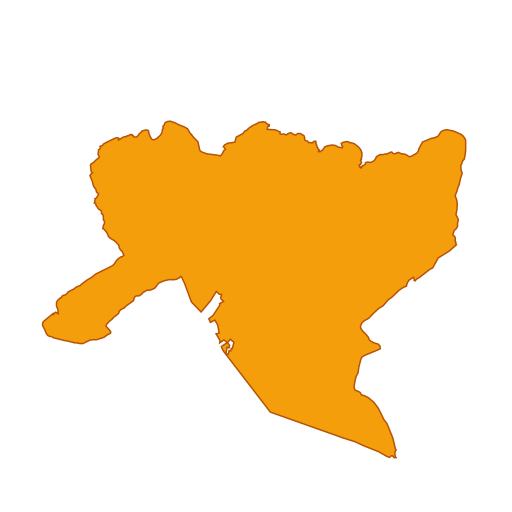 outline of Rokan Hulu, Riau, Indonesia, rotated 103°
{"feature_id": "22746128B35208725321264", "entity_name": "Rokan Hulu", "entity_type": "district", "adm_level": 2, "iso_a3": "IDN", "parent_name": "Indonesia", "parent_adm1": "Riau", "projection": "mercator", "projection_center": [100.261, 0.893], "detail": "fine", "context": "isolated", "style": "filled", "palette": "amber", "viewbox_px": 512, "rotation_deg": 103, "n_neighbors": 0, "source": "geoboundaries", "source_scale": "gbopen_adm2", "svg_char_len": 6095}
<svg xmlns="http://www.w3.org/2000/svg" viewBox="0 0 512 512"><g transform="rotate(103 256 256)"><path d="M419.1,92.5L421.9,83.2L422.2,80.5L420.6,79.6L419.9,78.3L421.5,76.0L421.0,74.9L421.2,73.5L420.7,74.6L418.7,75.8L415.5,76.5L413.5,75.8L412.5,76.8L402.8,81.6L389.8,90.7L386.6,94.6L377.0,102.4L372.2,108.0L368.7,114.8L367.6,119.5L367.7,122.1L366.3,123.0L365.3,124.3L364.3,129.5L361.4,131.0L354.9,131.5L350.7,131.3L347.0,130.3L340.7,130.8L332.9,130.6L330.7,130.0L328.5,127.9L320.5,116.7L318.6,114.3L318.0,114.1L315.6,115.1L314.3,117.3L314.2,121.1L313.2,124.8L312.1,126.8L309.6,128.6L307.5,131.4L305.1,135.3L302.5,137.9L301.0,138.4L297.6,137.9L296.0,136.9L294.5,135.7L291.3,132.1L285.6,128.8L279.5,124.6L275.8,120.9L269.8,117.8L267.5,116.2L266.1,114.7L257.1,108.8L253.0,104.9L251.7,102.7L247.9,102.5L244.7,101.2L241.3,97.8L243.4,96.5L244.4,96.3L244.5,95.4L242.5,94.4L239.5,91.4L230.0,83.7L227.9,81.2L216.9,78.0L207.7,68.8L199.9,63.2L199.2,64.1L198.0,64.1L196.8,65.2L193.5,65.9L191.9,67.2L191.6,68.4L190.7,69.0L186.7,68.6L183.9,66.8L183.2,66.9L182.0,66.3L178.5,67.0L175.7,66.9L173.9,67.8L170.7,70.5L166.0,70.6L160.1,71.6L156.5,72.9L152.4,75.5L147.5,74.8L144.1,74.7L141.1,74.1L134.2,74.2L129.7,73.7L128.4,74.0L125.7,75.7L121.7,76.8L119.9,76.3L116.7,76.0L114.9,74.9L109.7,75.0L105.8,75.5L95.9,77.8L93.6,79.8L92.2,81.7L91.3,83.6L89.8,91.5L90.0,98.3L90.7,100.3L92.0,102.4L93.8,104.0L97.8,105.3L98.8,106.1L100.9,109.2L100.6,109.3L100.9,109.3L102.0,111.7L107.5,119.4L114.9,121.4L117.5,121.5L119.4,122.3L123.7,126.8L124.7,128.6L124.7,129.7L123.9,131.2L123.3,134.0L123.7,137.1L123.0,140.6L123.9,141.7L123.8,142.2L124.7,142.8L125.3,144.2L125.2,145.6L124.4,146.6L124.2,147.6L127.2,151.5L127.3,152.4L128.7,155.2L129.2,157.8L132.1,161.0L135.3,161.7L137.4,163.1L138.6,164.6L139.1,165.8L139.4,168.5L140.2,170.0L140.5,170.3L142.5,170.3L144.3,172.7L145.0,172.7L145.5,173.4L146.2,173.1L146.6,173.5L146.2,174.8L145.2,175.1L144.8,175.9L144.0,175.9L143.3,174.8L141.3,174.1L141.0,174.5L139.6,175.1L139.5,175.6L139.1,175.8L138.0,175.1L137.8,175.4L135.3,175.2L131.5,176.1L128.9,177.9L126.7,180.7L124.5,185.4L124.2,188.6L124.6,190.3L124.1,190.9L124.0,191.6L124.1,193.6L125.0,195.4L125.8,197.0L127.2,198.3L129.4,196.9L130.0,196.1L130.9,196.2L131.3,197.2L131.3,200.3L130.4,203.9L130.9,207.4L132.5,211.0L134.2,213.6L137.8,214.9L138.5,215.8L139.7,216.5L140.3,218.5L139.6,218.7L138.5,218.1L137.7,219.7L136.7,220.0L135.9,221.2L134.5,221.7L134.2,222.2L133.6,222.2L132.9,223.2L132.2,222.9L131.5,223.4L130.7,223.6L131.4,225.6L133.3,226.7L133.2,228.2L133.7,230.1L132.5,231.6L132.4,233.9L131.9,234.5L131.4,234.9L129.7,235.2L128.0,236.3L126.7,240.5L127.2,242.7L129.3,244.7L129.0,247.3L128.1,249.2L128.3,250.6L130.0,252.9L131.3,253.7L130.8,256.4L131.7,258.5L131.8,259.7L131.4,260.2L129.8,260.3L128.7,265.7L130.1,273.5L126.9,273.7L126.6,272.4L125.1,272.6L124.7,275.6L123.4,276.8L123.8,278.0L123.5,278.6L123.7,279.9L124.5,280.9L124.6,281.9L125.2,283.4L126.4,284.4L130.1,289.2L131.2,289.8L132.1,291.1L135.5,293.3L136.9,295.1L139.6,296.3L144.6,302.0L149.9,302.2L152.5,309.0L154.8,311.5L156.2,312.3L157.0,312.3L158.4,310.1L159.1,309.8L160.8,311.2L163.7,311.8L166.5,313.2L166.4,316.0L167.5,327.0L166.8,332.4L165.8,334.5L157.9,338.2L153.3,345.1L152.8,345.3L152.7,346.1L152.2,346.2L150.9,348.1L147.5,351.2L146.4,354.7L145.5,360.7L144.5,364.5L143.9,370.0L145.1,372.9L146.6,374.6L149.3,375.0L150.4,375.8L151.4,375.6L152.3,375.0L153.9,375.7L156.4,375.3L159.8,376.3L163.7,379.1L165.5,381.2L165.9,381.9L165.7,383.8L162.8,386.5L159.7,388.4L158.0,389.0L157.8,390.7L158.2,392.3L160.0,395.4L161.6,395.9L163.1,397.3L165.3,398.1L167.0,399.2L167.4,401.5L166.6,402.5L166.5,403.5L166.3,403.8L166.0,403.5L165.6,404.0L165.7,405.3L167.6,407.6L167.9,408.7L168.8,409.2L169.4,411.0L170.1,412.2L173.8,415.8L173.9,416.1L172.3,416.0L171.9,417.1L172.5,419.3L178.8,427.2L181.4,430.0L182.6,430.2L184.3,432.7L185.3,431.9L186.1,431.9L188.1,433.3L192.7,432.7L193.9,431.4L194.9,431.0L196.1,431.5L198.0,433.2L201.4,435.4L203.7,437.6L204.8,437.7L210.8,435.6L211.6,434.0L213.5,435.4L215.0,435.9L219.8,432.5L224.5,430.0L227.2,426.9L229.6,425.8L230.7,423.6L231.5,423.4L234.7,424.3L235.7,424.9L236.3,425.8L236.9,425.5L240.8,425.4L240.7,424.2L242.5,423.3L245.7,420.0L246.3,417.8L247.0,416.8L249.5,416.0L250.2,414.5L251.2,413.9L255.1,412.8L256.3,411.4L258.5,411.0L260.4,411.5L263.7,411.5L264.4,409.6L266.4,407.1L268.5,405.2L270.2,404.2L271.5,402.0L272.8,397.8L274.1,395.3L276.3,392.3L277.5,391.5L278.9,391.1L281.0,388.8L281.6,387.5L285.0,384.9L286.8,386.2L287.3,387.5L289.9,389.8L292.0,391.0L296.3,392.6L298.2,394.2L309.6,408.1L313.2,410.8L317.4,415.2L323.1,420.0L324.5,420.7L325.2,422.1L327.3,424.7L328.8,425.7L333.2,430.9L335.9,432.2L336.6,432.9L338.1,435.5L339.2,436.1L340.3,436.2L340.7,437.1L343.3,439.0L345.9,440.0L348.6,439.4L350.2,438.9L352.3,437.2L356.7,435.7L355.8,438.5L358.4,440.3L357.6,440.7L367.4,448.2L368.4,448.7L369.6,448.5L370.2,448.8L371.9,448.2L375.5,445.1L378.9,442.7L380.3,440.9L380.8,438.9L380.5,436.9L381.2,434.9L381.5,423.2L381.2,422.2L381.4,413.1L380.9,411.0L381.0,408.3L380.3,405.0L375.4,399.0L374.3,396.2L373.4,392.5L369.5,385.9L366.7,383.5L364.0,380.4L362.7,380.4L361.3,381.8L358.2,386.3L356.3,386.3L351.9,383.7L350.4,382.3L347.1,380.5L345.5,378.9L342.8,377.0L340.7,376.7L338.8,375.8L336.0,372.5L334.1,371.5L327.1,365.3L323.6,365.1L322.5,364.5L321.5,362.9L321.4,361.3L319.0,358.9L317.3,358.0L315.0,355.8L313.7,354.1L313.1,351.5L310.9,348.3L309.8,347.2L304.4,344.8L303.7,343.9L300.7,339.8L298.6,335.4L297.6,330.7L296.6,328.3L294.1,325.4L292.9,325.0L293.4,323.6L299.1,319.2L315.3,308.6L322.9,296.9L309.8,290.2L299.5,286.7L301.5,283.1L301.3,281.0L304.9,281.0L306.2,279.8L307.6,277.4L310.6,280.8L312.1,280.2L323.5,284.5L327.8,287.9L330.9,285.5L327.7,281.6L331.9,277.8L339.4,274.5L340.8,277.4L346.6,272.0L348.8,271.8L345.0,268.4L346.8,264.4L351.9,269.4L353.5,268.5L356.3,266.0L404.9,206.9L413.8,129.2L414.7,117.8L416.7,108.2L419.1,92.5ZM346.8,264.4L342.9,262.2L345.0,258.1L351.7,258.3L351.7,259.3L354.1,259.2L354.2,260.9L358.0,260.9L358.0,263.3L351.5,263.7L351.6,261.6L349.0,261.6L346.8,264.4Z" fill="#f59e0b" stroke="#b45309" stroke-width="1.5"/></g></svg>